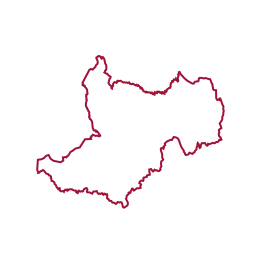 outline of Gachoka, Eastern, Kenya, rotated 347°
{"feature_id": "3690345B9660706705639", "entity_name": "Gachoka", "entity_type": "district", "adm_level": 2, "iso_a3": "KEN", "parent_name": "Kenya", "parent_adm1": "Eastern", "projection": "equal_earth", "projection_center": [37.603, -0.727], "detail": "fine", "context": "isolated", "style": "outline", "palette": "rose", "viewbox_px": 256, "rotation_deg": 347, "n_neighbors": 0, "source": "geoboundaries", "source_scale": "gbopen_adm2", "svg_char_len": 5820}
<svg xmlns="http://www.w3.org/2000/svg" viewBox="0 0 256 256"><g transform="rotate(347 128 128)"><path d="M219.0,98.9L217.8,98.6L214.6,96.6L213.4,96.9L210.5,95.6L208.9,95.3L208.0,95.9L207.9,96.7L207.1,98.2L203.5,98.0L202.1,99.5L200.7,99.2L196.5,95.4L194.1,92.1L191.5,87.5L190.9,85.0L190.2,85.1L190.3,85.4L189.3,86.9L188.8,87.1L189.2,88.4L187.7,90.1L187.6,93.4L187.3,93.7L186.8,93.8L185.8,91.1L185.5,91.9L183.7,91.0L183.4,91.8L182.8,91.9L182.5,92.6L181.8,92.0L181.7,91.3L181.4,93.2L179.8,94.0L179.5,95.2L179.1,95.6L178.9,97.2L178.2,98.2L177.9,98.4L177.3,98.1L174.5,99.4L174.2,100.3L173.5,100.2L173.4,100.9L173.2,100.8L172.8,101.4L172.3,100.8L172.0,101.7L169.9,100.9L170.5,102.5L169.1,101.8L168.5,102.0L168.1,101.3L167.4,101.1L167.2,100.2L166.7,100.2L166.4,99.6L165.9,99.9L165.0,99.3L164.6,99.3L164.2,100.3L163.9,100.1L163.9,99.7L163.2,100.2L162.2,99.1L161.5,100.2L161.4,101.5L161.2,101.5L161.1,101.1L160.1,100.7L160.3,100.3L160.1,99.9L159.5,99.8L159.3,99.0L159.0,99.1L158.9,99.6L157.9,99.0L158.0,98.5L156.1,97.9L155.3,97.9L154.7,97.1L154.1,96.8L153.5,97.4L153.3,97.4L152.7,96.4L151.3,95.6L151.2,94.3L150.6,93.6L150.9,93.0L150.8,92.7L150.5,92.2L150.1,92.7L149.6,92.2L149.1,92.2L149.2,91.3L148.9,91.0L149.0,90.6L148.4,89.7L147.7,89.4L147.6,88.7L146.6,89.0L146.1,87.8L145.1,88.2L142.6,85.9L141.3,86.2L140.4,85.5L139.9,85.4L139.4,83.8L138.1,84.2L137.0,83.3L135.9,83.3L134.6,82.6L133.6,82.6L131.4,80.3L129.5,80.2L128.5,79.6L127.9,80.0L127.8,81.0L126.9,81.4L125.4,80.3L124.8,80.5L124.1,80.9L123.3,81.9L123.0,83.6L121.7,84.6L121.3,86.0L120.9,85.7L121.1,83.3L119.9,82.0L119.1,79.8L120.8,76.3L122.0,75.5L122.6,74.1L120.9,72.4L119.9,70.4L119.3,70.3L117.5,68.6L118.2,68.0L118.6,67.0L119.6,66.6L120.1,65.7L120.7,63.5L120.9,62.0L120.3,60.1L120.4,55.4L119.5,53.3L118.7,53.1L117.9,54.4L117.5,53.9L117.2,52.2L116.2,51.4L114.8,51.4L114.4,51.9L113.2,52.1L112.8,52.8L113.4,55.0L113.3,57.1L112.8,58.5L110.7,59.8L110.1,61.0L106.7,63.2L105.0,62.1L103.5,62.6L93.8,73.8L94.1,74.7L93.4,75.8L93.7,76.3L94.0,76.3L94.0,76.7L94.4,76.9L94.7,76.6L95.0,77.3L95.4,77.5L95.3,77.8L95.5,78.7L96.2,79.7L96.8,82.0L96.5,82.6L96.3,85.6L95.7,86.1L95.0,86.0L94.6,86.5L94.6,87.6L94.2,88.1L94.3,89.8L93.8,90.7L94.1,91.3L94.0,92.0L93.1,93.2L92.1,95.9L92.0,97.6L92.6,99.0L92.5,100.0L92.9,100.6L93.3,102.0L93.1,102.4L93.7,103.5L93.8,104.3L93.3,105.6L93.3,107.7L92.6,108.1L92.9,110.7L93.4,110.9L93.7,111.5L94.3,113.4L94.4,114.4L93.6,120.1L94.0,121.2L93.8,122.0L94.2,122.6L95.5,122.9L95.5,123.8L95.8,124.2L96.7,123.7L97.3,124.7L97.2,125.1L98.0,125.7L98.4,127.4L99.0,128.4L99.2,129.3L98.1,129.7L96.1,128.5L94.5,128.3L92.3,126.7L91.8,127.2L90.6,127.6L90.5,128.4L89.4,128.7L89.5,130.4L83.6,129.3L76.6,136.1L72.2,136.2L68.7,137.8L66.7,138.3L63.4,141.6L62.5,141.7L61.4,142.8L60.2,142.1L58.8,142.3L58.0,142.0L57.6,145.2L54.6,146.2L48.0,143.2L45.6,140.4L44.6,136.5L41.9,136.7L39.4,138.4L36.8,139.0L33.0,138.7L30.1,148.4L30.5,150.9L30.3,151.5L31.5,151.5L33.0,150.4L34.3,150.5L35.5,149.8L36.4,150.5L38.1,154.1L39.7,154.8L40.4,156.5L41.1,156.6L42.0,157.8L42.0,158.5L41.5,159.4L41.9,160.2L41.6,162.3L43.2,163.2L44.1,164.5L43.8,165.9L44.8,167.1L45.0,168.8L46.1,171.6L47.4,171.1L47.9,171.2L47.9,172.1L47.4,172.5L47.2,173.1L48.2,174.4L49.0,174.8L50.4,174.7L51.2,175.8L51.9,174.7L53.0,174.0L54.0,174.9L54.9,174.2L55.3,174.3L55.4,175.3L56.4,174.7L57.8,174.6L58.7,175.1L59.4,175.0L61.2,176.7L63.2,177.3L63.5,178.0L63.1,178.6L63.1,179.0L64.2,180.1L64.6,180.0L65.7,178.0L66.0,177.9L66.7,178.9L67.4,179.3L68.6,179.1L69.5,179.7L70.1,179.4L71.4,177.7L73.0,177.2L74.1,177.2L74.7,178.8L73.6,180.6L73.7,181.3L74.1,181.7L75.9,182.0L78.4,183.9L80.0,182.1L81.8,182.5L83.3,182.4L83.8,184.6L84.5,185.6L85.3,185.4L86.4,186.1L88.0,185.6L89.0,187.6L89.6,187.3L89.9,186.7L90.6,186.7L91.5,187.9L92.6,187.7L92.8,188.2L91.8,191.8L92.2,192.4L93.1,193.0L93.3,194.4L93.6,194.8L95.3,195.3L95.9,197.1L97.8,197.8L99.0,199.2L99.5,199.2L101.3,197.8L102.9,198.7L104.1,198.6L105.0,199.0L105.4,201.5L105.2,202.7L105.4,204.0L105.9,204.6L106.6,204.6L109.4,203.6L110.4,202.9L111.1,200.7L110.1,196.5L110.9,195.4L111.7,193.5L113.5,192.7L114.0,191.2L114.6,191.0L115.2,191.8L115.9,191.6L116.5,190.1L117.4,189.5L118.2,188.0L118.9,188.1L119.8,190.3L123.1,188.7L125.1,189.2L126.8,189.2L127.0,187.2L128.0,186.2L127.7,185.3L126.6,184.3L127.3,183.0L129.1,182.2L130.9,182.9L131.4,182.2L131.8,180.1L132.2,179.9L135.1,179.9L135.4,179.8L135.6,178.9L136.0,178.4L138.6,178.5L139.0,177.8L138.9,175.7L139.4,173.2L141.3,173.2L142.4,175.9L142.7,176.0L144.5,174.6L145.3,175.6L146.7,175.7L147.7,176.8L148.5,176.9L149.2,176.4L150.0,176.3L150.3,175.9L150.4,174.6L152.0,172.6L152.0,170.4L152.9,168.0L154.1,167.5L155.2,166.6L154.7,164.6L155.4,161.2L155.0,157.3L155.3,155.7L155.7,155.2L156.9,155.1L157.9,156.2L158.6,155.2L158.6,154.0L160.3,153.1L160.4,151.3L163.2,149.8L167.0,149.1L168.0,149.6L170.5,147.1L172.3,147.8L173.7,148.8L174.4,149.8L175.0,152.1L175.1,154.5L175.8,158.9L177.3,162.8L177.0,163.7L177.7,164.9L177.9,166.9L178.3,167.3L180.4,167.4L181.5,166.9L182.2,165.9L184.9,167.7L185.6,167.5L186.2,166.7L187.3,166.7L188.3,165.2L189.9,164.3L190.6,162.0L191.5,161.1L192.1,159.0L192.6,158.3L193.1,159.2L193.3,160.4L193.2,162.9L193.4,163.6L194.1,163.4L194.6,162.6L195.1,161.0L196.7,159.3L198.3,159.9L199.6,159.9L200.5,162.5L201.3,163.1L202.1,162.5L202.5,161.4L203.8,162.1L207.5,161.5L208.5,162.2L209.3,162.3L210.9,161.5L212.3,161.8L213.2,161.3L214.4,160.0L215.2,160.6L216.4,160.4L216.1,158.1L215.0,156.5L215.0,154.2L215.9,153.2L216.1,150.4L216.4,150.1L219.0,149.1L218.7,146.0L218.3,144.3L221.4,141.4L222.0,140.2L222.3,138.6L223.8,136.5L224.5,134.1L225.2,132.7L225.0,131.2L225.9,128.3L225.3,126.7L224.6,120.0L224.1,119.9L223.6,121.3L223.3,121.4L222.5,120.5L221.7,120.9L221.0,120.4L220.7,118.5L222.3,111.0L220.5,110.5L219.7,109.5L219.9,107.2L219.7,106.3L220.2,104.5L219.7,103.7L219.0,98.9Z" fill="none" stroke="#9f1239" stroke-width="2"/></g></svg>